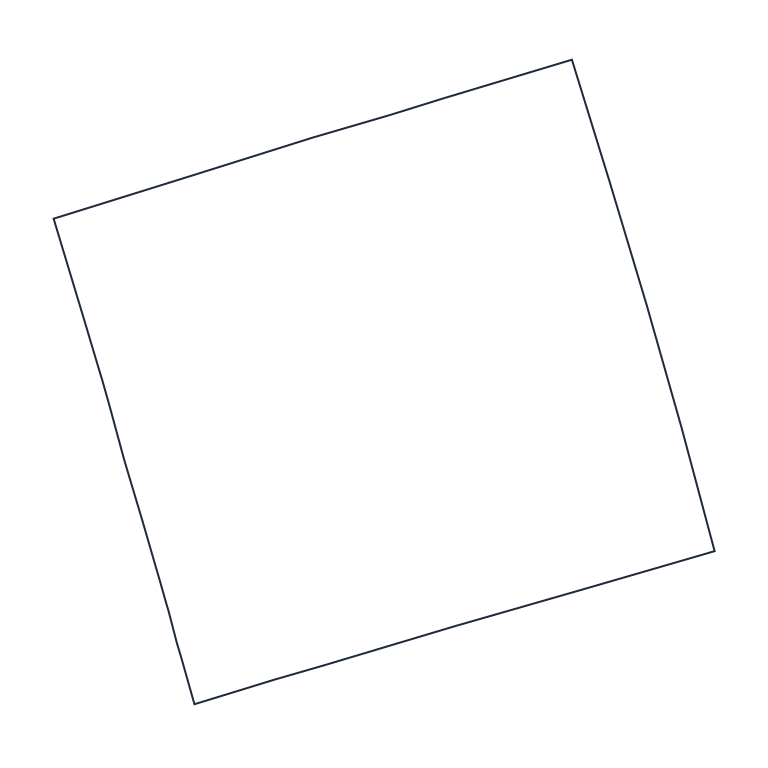 Waukesha, Wisconsin, United States of America (Natural Earth projection), rotated 163°
{"feature_id": "52423323B1729669151935", "entity_name": "Waukesha", "entity_type": "district", "adm_level": 2, "iso_a3": "USA", "parent_name": "United States of America", "parent_adm1": "Wisconsin", "projection": "natural_earth1", "projection_center": [-88.197, 43.019], "detail": "fine", "context": "isolated", "style": "outline", "palette": "slate", "viewbox_px": 768, "rotation_deg": 163, "n_neighbors": 0, "source": "geoboundaries", "source_scale": "gbopen_adm2", "svg_char_len": 550}
<svg xmlns="http://www.w3.org/2000/svg" viewBox="0 0 768 768"><g transform="rotate(163 384 384)"><path d="M651.6,638.7L652.0,524.7L652.1,513.1L652.3,480.6L652.3,470.8L652.7,449.8L653.0,439.2L654.6,387.8L654.7,377.4L655.0,325.6L655.0,324.7L655.8,269.1L655.9,260.5L656.4,236.7L656.4,229.8L657.8,197.1L657.9,180.2L658.9,133.2L575.1,133.3L522.5,132.5L387.2,131.7L251.9,129.4L116.7,127.5L112.2,255.6L109.7,383.5L109.1,511.7L109.5,639.2L244.5,639.8L300.3,639.5L379.8,640.5L515.9,639.4L651.6,638.7Z" fill="none" stroke="#1e293b" stroke-width="2"/></g></svg>